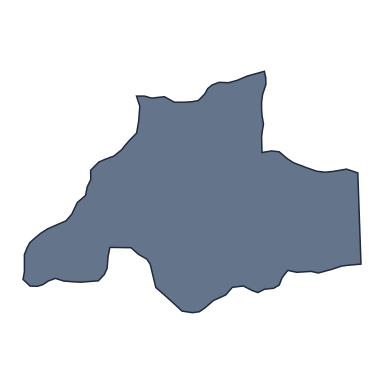 outline of Santa Ernestina, São Paulo, Brazil
{"feature_id": "56859067B52620744668787", "entity_name": "Santa Ernestina", "entity_type": "district", "adm_level": 2, "iso_a3": "BRA", "parent_name": "Brazil", "parent_adm1": "São Paulo", "projection": "orthographic", "projection_center": [-48.379, -21.446], "detail": "fine", "context": "isolated", "style": "filled", "palette": "slate", "viewbox_px": 384, "rotation_deg": 0, "n_neighbors": 0, "source": "geoboundaries", "source_scale": "gbopen_adm2", "svg_char_len": 1350}
<svg xmlns="http://www.w3.org/2000/svg" viewBox="0 0 384 384"><path d="M361.0,264.1L357.8,172.9L346.5,169.1L333.2,171.4L325.2,172.2L316.6,171.2L305.5,167.3L293.4,162.7L287.5,158.8L279.2,151.8L271.6,150.9L262.0,152.5L261.6,137.2L262.3,131.2L263.5,124.2L262.0,115.2L261.6,108.9L261.6,101.8L262.7,94.1L265.9,84.5L265.8,78.0L264.4,71.3L247.4,76.0L237.0,80.4L228.5,82.7L219.2,82.3L212.2,84.9L207.8,88.5L204.8,93.9L198.3,100.6L191.1,101.8L184.5,102.2L174.3,102.2L164.4,96.7L151.7,98.1L144.5,96.1L136.5,96.1L139.8,106.3L138.7,120.9L136.6,133.1L129.8,140.0L125.3,145.1L121.8,149.6L113.9,156.1L106.3,158.8L98.9,162.0L90.6,170.3L90.8,179.5L87.2,186.9L85.5,195.5L77.3,202.5L71.7,214.3L66.0,220.8L57.3,224.6L47.9,228.7L40.5,233.4L35.1,237.9L29.8,242.6L27.1,247.8L24.4,254.5L24.4,262.4L24.4,271.9L23.0,279.4L30.1,286.1L37.3,286.3L42.8,284.7L48.5,280.9L55.4,278.4L63.6,281.0L72.8,281.8L81.2,282.2L98.4,280.8L104.3,274.5L107.1,268.4L108.1,256.4L109.9,247.4L130.9,247.7L138.6,254.4L146.9,259.2L150.2,264.3L155.8,287.5L163.3,294.0L174.3,303.9L182.0,311.1L192.6,312.7L199.4,311.7L205.3,307.6L213.3,300.6L225.8,294.9L232.4,287.3L243.3,286.0L252.1,290.5L257.9,292.6L264.6,289.2L273.6,288.3L279.2,285.1L282.2,277.5L287.8,270.4L296.7,272.3L311.2,271.4L318.3,273.0L331.6,269.4L341.1,266.2L346.7,265.4L361.0,264.1Z" fill="#64748b" stroke="#1e293b" stroke-width="1.5"/></svg>